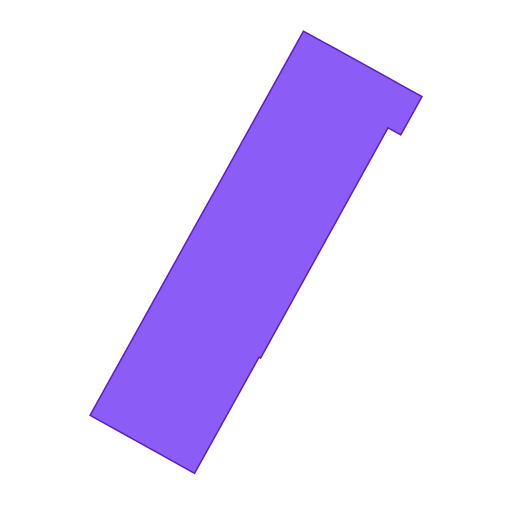 the district of Washington, Oklahoma, United States of America, rotated 29°
{"feature_id": "52423323B53714318951384", "entity_name": "Washington", "entity_type": "district", "adm_level": 2, "iso_a3": "USA", "parent_name": "United States of America", "parent_adm1": "Oklahoma", "projection": "robinson", "projection_center": [-95.895, 36.711], "detail": "fine", "context": "isolated", "style": "filled", "palette": "violet", "viewbox_px": 512, "rotation_deg": 29, "n_neighbors": 0, "source": "geoboundaries", "source_scale": "gbopen_adm2", "svg_char_len": 444}
<svg xmlns="http://www.w3.org/2000/svg" viewBox="0 0 512 512"><g transform="rotate(29 256 256)"><path d="M188.5,36.4L188.5,211.1L188.3,237.1L188.1,463.5L188.1,475.8L239.3,475.8L262.2,475.8L307.6,475.9L307.7,343.0L309.5,343.1L309.4,221.2L309.3,79.9L323.9,79.9L323.9,36.1L310.4,36.2L273.2,36.1L268.7,36.1L267.9,36.1L266.7,36.1L245.8,36.1L234.4,36.2L228.8,36.1L211.6,36.3L188.5,36.4Z" fill="#8b5cf6" stroke="#5b21b6" stroke-width="1.5"/></g></svg>